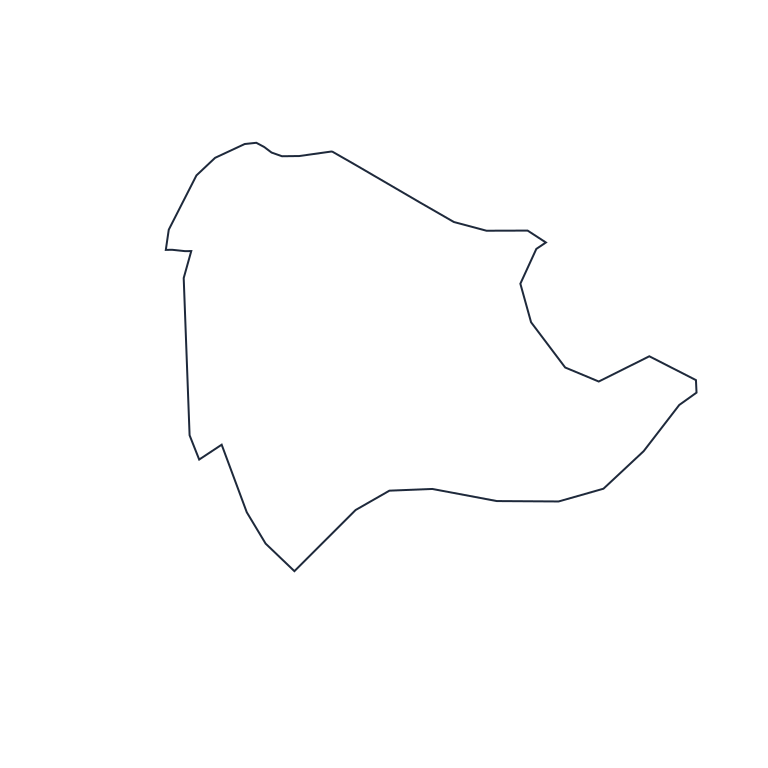 outline of Plužine, rotated 302°
{"feature_id": "MNE-1515", "entity_name": "Plužine", "entity_type": "Municipality", "adm_level": 1, "iso_a3": "MNE", "parent_name": "Montenegro", "parent_adm1": "", "projection": "natural_earth1", "projection_center": [18.878, 43.143], "detail": "fine", "context": "isolated", "style": "outline", "palette": "slate", "viewbox_px": 768, "rotation_deg": 302, "n_neighbors": 0, "source": "natural_earth", "source_scale": "10m", "svg_char_len": 730}
<svg xmlns="http://www.w3.org/2000/svg" viewBox="0 0 768 768"><g transform="rotate(302 384 384)"><path d="M461.5,114.4L486.3,120.9L513.7,138.7L520.9,147.9L521.5,156.8L520.7,166.0L523.1,176.8L532.4,191.3L553.2,216.1L553.7,217.3L553.7,217.7L554.7,243.8L557.0,318.7L558.4,357.4L568.3,389.7L590.2,424.5L589.8,446.3L579.3,441.6L541.3,446.5L514.3,476.0L494.0,528.9L499.9,564.8L548.1,594.3L552.6,646.5L542.3,653.6L522.7,645.5L464.7,639.8L411.5,625.6L376.9,594.3L344.5,541.7L320.6,480.6L296.4,445.1L262.1,426.7L196.0,411.4L177.8,407.2L185.9,368.2L202.5,335.6L246.5,278.5L222.0,267.3L237.5,246.3L367.7,158.0L394.6,150.1L391.3,145.0L385.5,133.1L382.1,127.9L400.8,119.7L461.5,114.4Z" fill="none" stroke="#1e293b" stroke-width="2"/></g></svg>